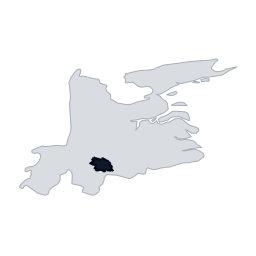 Natore, Rajshahi, Bangladesh shown in context, rotated 268°
{"feature_id": "16705992B43065208682222", "entity_name": "Natore", "entity_type": "district", "adm_level": 2, "iso_a3": "BGD", "parent_name": "Bangladesh", "parent_adm1": "Rajshahi", "projection": "equal_earth", "projection_center": [89.103, 24.393], "detail": "fine", "context": "in_parent", "style": "filled", "palette": "ink", "viewbox_px": 256, "rotation_deg": 268, "n_neighbors": 0, "source": "geoboundaries", "source_scale": "gbopen_adm2", "svg_char_len": 7663}
<svg xmlns="http://www.w3.org/2000/svg" viewBox="0 0 256 256"><g transform="rotate(268 128 128)"><path d="M91.2,188.2L91.1,181.2L87.4,167.5L87.6,166.0L86.8,159.4L85.9,155.7L85.4,151.8L87.6,146.2L86.8,145.3L81.8,143.6L81.2,142.2L82.3,136.7L78.8,131.5L77.4,127.6L81.2,115.1L82.1,106.4L81.8,104.7L79.5,102.7L75.4,101.9L72.6,100.3L70.9,97.9L69.4,96.9L67.7,97.6L65.4,96.6L63.5,94.2L62.0,91.2L62.6,88.0L65.6,80.3L66.7,80.1L69.3,81.6L70.2,81.6L71.9,78.6L74.3,69.9L82.6,70.7L84.5,70.4L86.6,69.7L87.7,68.6L88.3,67.2L88.1,66.1L85.6,64.4L84.6,63.2L83.9,59.8L83.2,58.5L78.2,58.3L75.6,56.7L74.2,55.3L71.7,50.6L68.6,47.1L65.6,46.3L64.5,45.2L63.8,43.4L64.2,40.8L65.7,35.9L73.9,25.2L74.1,24.0L73.8,22.7L71.4,21.0L71.3,20.1L72.0,17.9L73.3,17.6L76.1,19.6L79.0,22.9L80.7,25.8L80.8,28.2L83.0,28.6L84.9,29.7L86.8,29.3L88.1,29.9L88.9,29.7L89.2,28.4L87.6,25.0L88.4,23.6L90.3,23.7L91.6,24.9L92.6,27.5L92.8,31.5L95.0,35.2L97.9,37.8L100.2,39.0L102.9,39.8L105.3,39.0L106.4,36.4L105.9,34.2L106.3,32.2L107.2,31.0L108.7,31.1L109.8,32.7L113.0,41.4L112.3,45.3L113.1,55.8L112.3,62.8L112.8,65.5L113.3,66.0L118.2,67.3L125.2,70.1L130.5,71.1L154.7,70.3L160.0,71.7L176.2,70.7L180.6,72.9L185.4,76.5L188.1,79.2L188.6,80.8L188.4,82.1L187.5,82.8L185.8,82.8L182.0,81.1L181.3,81.6L181.3,85.8L178.3,96.3L177.9,99.6L176.8,100.9L173.7,101.6L171.6,107.7L170.7,108.5L168.6,107.1L167.3,107.3L165.7,107.9L164.0,109.3L162.9,111.1L161.6,111.7L157.1,111.6L156.2,114.4L153.3,118.2L151.3,128.1L151.5,131.2L154.0,139.1L155.8,149.4L156.5,150.4L157.4,150.5L157.4,145.8L158.2,145.2L159.3,145.7L161.4,152.1L162.7,153.7L164.6,154.2L166.7,153.2L168.3,151.3L168.9,149.3L168.3,142.4L169.3,139.6L173.0,135.4L173.5,134.1L173.2,127.2L174.6,126.9L176.5,127.5L178.8,125.8L179.6,125.8L180.6,127.5L182.2,127.2L184.9,141.0L185.2,150.7L185.8,156.1L186.7,157.3L189.6,165.5L192.4,194.1L192.9,212.3L194.0,218.5L193.1,219.9L192.2,220.2L191.4,218.0L185.3,213.3L183.9,213.8L181.9,216.5L181.1,219.0L181.4,222.5L182.1,226.0L183.6,227.9L183.7,230.1L185.3,238.3L184.9,238.4L181.6,230.9L177.5,223.6L176.1,210.4L176.0,203.9L173.2,196.3L170.6,183.0L171.7,178.3L169.8,180.3L166.8,172.4L162.1,164.6L160.7,161.2L160.6,157.8L158.6,161.2L155.9,163.5L153.1,167.1L151.2,168.2L145.4,168.8L141.9,164.1L137.0,152.4L136.4,149.8L137.0,142.9L135.8,136.5L135.4,130.8L134.6,131.3L134.2,132.8L134.4,135.2L134.1,137.3L125.9,135.9L129.4,139.3L133.2,140.1L135.1,143.2L135.3,148.3L131.6,151.3L131.9,153.9L134.1,157.0L131.5,157.9L130.8,160.0L130.7,162.9L132.6,167.4L132.3,169.2L135.4,175.0L136.0,177.9L135.2,181.8L128.5,189.9L126.6,195.6L125.0,198.3L122.9,198.8L120.4,196.1L120.4,193.3L120.9,191.1L124.3,185.8L122.5,186.5L117.0,190.9L116.0,187.3L115.3,184.0L115.3,179.9L117.9,173.9L114.9,176.9L114.1,180.7L114.5,185.1L114.1,188.3L113.0,192.4L111.4,194.9L108.8,196.5L107.7,198.9L106.0,200.7L105.4,192.4L103.5,181.2L103.1,183.6L104.1,190.6L104.0,195.1L102.6,198.7L99.8,202.5L97.7,203.1L96.4,202.5L92.4,196.7L92.0,191.2L91.2,188.2ZM140.6,188.3L135.7,189.7L133.1,189.3L137.8,179.2L137.6,174.7L136.9,171.0L134.5,168.1L134.3,165.9L133.2,163.1L132.7,159.7L135.3,158.6L137.5,160.6L138.3,164.4L139.4,167.2L143.2,173.1L143.1,176.8L142.1,185.6L140.6,188.3ZM151.3,185.0L148.3,187.7L149.2,171.8L151.5,177.7L152.1,180.9L151.3,185.0ZM162.9,177.1L161.6,178.2L160.3,177.2L158.7,173.5L159.5,168.8L160.0,168.1L161.9,172.9L162.9,177.1ZM174.4,210.7L172.6,210.9L171.8,209.8L172.2,208.2L171.7,203.0L173.9,202.5L174.7,206.8L174.4,210.7ZM172.4,196.3L171.1,201.4L170.6,199.1L171.4,194.6L172.4,196.3ZM136.6,154.8L137.1,156.5L134.3,154.3L133.6,152.8L134.8,152.0L136.6,154.8Z" fill="#d9dde1" stroke="#a8b0b8" stroke-width="1"/><path d="M93.6,89.1L93.5,89.6L93.6,90.0L93.4,90.4L93.3,90.2L93.2,90.4L93.2,90.5L93.0,90.8L92.9,90.7L92.7,91.0L92.6,90.9L92.5,91.0L92.5,91.4L92.6,91.5L92.5,91.9L92.5,92.0L92.4,92.2L92.6,92.2L92.4,92.3L92.4,92.5L92.6,92.7L92.6,92.8L92.6,93.0L92.6,93.3L92.7,93.7L92.5,93.9L92.6,94.0L92.4,94.3L92.5,94.5L92.3,94.7L92.2,94.5L92.1,94.4L92.1,94.6L92.0,94.8L91.6,94.8L91.4,94.6L91.2,94.8L90.9,94.4L90.7,94.4L90.5,93.9L90.3,93.9L90.2,94.2L89.8,94.0L90.0,93.8L90.0,93.6L89.5,93.3L89.3,93.1L89.0,93.0L88.9,92.9L88.7,92.9L88.6,93.4L88.7,93.6L88.7,94.1L88.6,94.3L88.3,94.4L88.2,94.4L88.0,94.7L87.9,94.7L87.5,94.4L87.4,94.5L87.2,94.6L86.9,94.7L86.8,94.8L86.8,95.2L86.6,95.1L86.5,94.9L86.4,95.1L86.4,95.3L86.4,95.5L86.5,95.4L86.8,95.5L87.2,95.6L87.4,95.6L87.5,95.5L87.6,95.8L87.5,96.0L87.3,95.9L87.2,96.0L87.2,96.3L87.1,96.2L87.0,96.6L86.9,96.7L86.7,96.6L86.7,96.9L86.7,97.0L86.9,97.5L86.7,97.6L86.7,97.8L86.9,98.0L86.8,98.4L86.8,98.5L86.8,98.9L86.9,99.0L86.8,99.5L86.7,100.3L86.6,100.5L86.8,100.7L86.7,101.3L86.6,101.2L86.5,101.3L86.4,101.4L86.3,101.2L86.3,101.3L86.1,101.4L86.1,101.5L85.9,101.3L85.6,101.7L85.5,102.0L85.3,102.2L85.5,102.7L85.4,102.8L85.3,103.0L85.6,103.3L85.5,103.5L85.8,103.6L85.7,103.5L85.9,103.3L86.0,103.4L86.2,103.7L86.2,104.0L86.5,103.9L86.9,104.1L86.9,104.8L87.0,104.9L87.1,105.3L87.3,105.4L87.4,105.6L87.3,106.0L87.2,106.0L86.9,106.0L86.8,106.3L86.7,106.4L86.5,106.6L86.4,106.5L86.2,106.5L86.3,106.2L86.2,106.2L86.2,106.3L86.1,106.5L86.0,106.9L86.1,107.0L86.1,107.3L86.2,107.5L86.1,107.8L85.9,107.9L85.9,108.1L86.1,108.2L86.1,108.3L86.0,108.5L85.8,108.6L85.7,108.8L85.9,108.9L86.2,108.9L86.3,108.9L86.3,109.0L86.7,109.0L86.6,109.3L86.9,109.4L86.6,109.5L86.4,110.2L86.1,110.2L85.9,110.5L85.8,110.8L85.7,110.9L85.8,111.1L85.9,110.9L86.1,110.9L86.3,110.8L86.4,111.1L86.1,111.4L86.4,111.2L86.4,111.3L87.2,110.8L87.2,110.5L87.2,110.4L87.5,110.2L87.4,110.4L87.4,110.6L88.0,110.1L88.3,110.4L89.4,110.5L89.9,110.7L90.0,110.5L90.0,110.2L89.9,110.0L89.8,109.7L90.1,109.8L90.1,109.7L89.6,109.7L90.1,109.5L89.9,109.5L89.8,109.4L89.7,109.3L89.6,109.2L89.9,109.1L90.2,109.0L90.4,108.7L90.5,108.7L90.6,108.9L90.6,109.2L90.7,109.5L90.9,109.8L91.0,109.9L91.1,109.6L91.3,109.4L91.6,109.4L92.0,109.3L92.0,108.8L92.3,109.1L92.6,109.0L92.8,109.1L92.9,108.8L93.4,108.8L93.3,108.6L93.6,108.8L93.9,108.6L94.2,108.7L94.3,108.3L94.3,108.1L94.7,107.5L94.9,107.6L95.0,107.5L95.3,107.4L95.4,107.2L95.6,107.3L95.8,107.1L96.0,106.6L95.9,106.2L96.0,106.1L96.3,105.9L96.5,105.9L96.6,105.5L96.5,105.4L96.3,105.3L96.3,105.0L96.5,105.0L96.6,104.7L96.9,104.8L97.1,104.4L97.3,104.2L97.3,103.9L97.5,103.9L97.6,103.5L97.9,103.5L97.9,103.3L97.8,103.1L97.9,102.6L98.1,102.6L98.2,102.4L98.3,102.3L98.5,102.4L98.7,102.1L98.7,101.9L98.8,101.8L98.8,101.7L98.6,101.8L98.6,101.6L98.4,101.4L98.2,101.2L98.0,101.3L97.9,100.9L97.8,100.7L97.9,100.4L97.9,99.9L97.8,99.4L97.8,99.1L97.6,99.1L97.4,98.9L97.1,99.0L96.9,99.0L96.7,98.9L96.8,98.7L97.0,98.6L97.0,98.4L97.5,98.1L97.6,97.8L97.7,97.6L97.8,97.5L97.7,97.5L97.8,97.4L97.6,97.4L97.8,97.4L97.7,97.3L97.8,97.3L97.8,97.2L97.7,97.0L97.8,96.8L97.8,96.7L97.9,96.8L97.9,96.6L98.1,96.5L98.1,96.4L98.2,96.2L98.4,96.1L98.4,95.9L98.5,95.8L98.6,95.7L98.7,95.4L98.8,95.4L98.7,95.2L98.9,95.2L99.0,95.0L99.0,94.9L99.1,94.5L99.3,94.4L99.3,94.1L99.4,93.9L99.2,93.8L99.3,93.7L99.2,93.7L99.3,93.6L99.2,93.6L99.2,93.4L99.0,93.2L98.9,92.7L99.0,92.5L99.1,92.3L98.5,92.4L98.4,92.1L98.4,91.8L98.2,91.8L98.2,91.6L98.1,91.4L97.8,91.3L97.7,91.3L97.7,91.2L97.5,91.4L97.4,91.3L97.3,91.2L97.1,91.2L97.0,91.3L96.9,91.6L97.0,91.8L96.9,92.1L96.6,92.2L96.5,92.5L96.4,92.5L96.5,92.6L96.4,92.8L96.5,92.9L96.1,93.1L96.0,92.8L95.9,92.7L95.9,92.4L95.9,92.2L95.8,91.8L95.6,91.9L95.5,92.1L95.5,91.8L95.3,91.8L95.3,91.6L95.4,91.2L95.6,91.2L95.5,90.7L95.4,90.6L95.4,90.8L95.2,90.7L95.1,90.4L94.9,90.4L94.8,90.6L94.6,90.5L94.6,91.0L94.6,91.5L94.2,91.6L93.9,91.6L94.1,91.6L94.0,91.4L93.9,91.4L93.8,91.2L93.7,90.9L93.6,90.6L93.6,90.2L93.8,90.1L93.9,89.8L93.8,89.6L94.1,89.5L94.3,89.7L94.4,89.4L94.3,89.0L94.2,89.0L93.8,89.3L93.7,89.0L93.6,89.1Z" fill="#0f172a" stroke="#020617" stroke-width="1.5"/></g></svg>